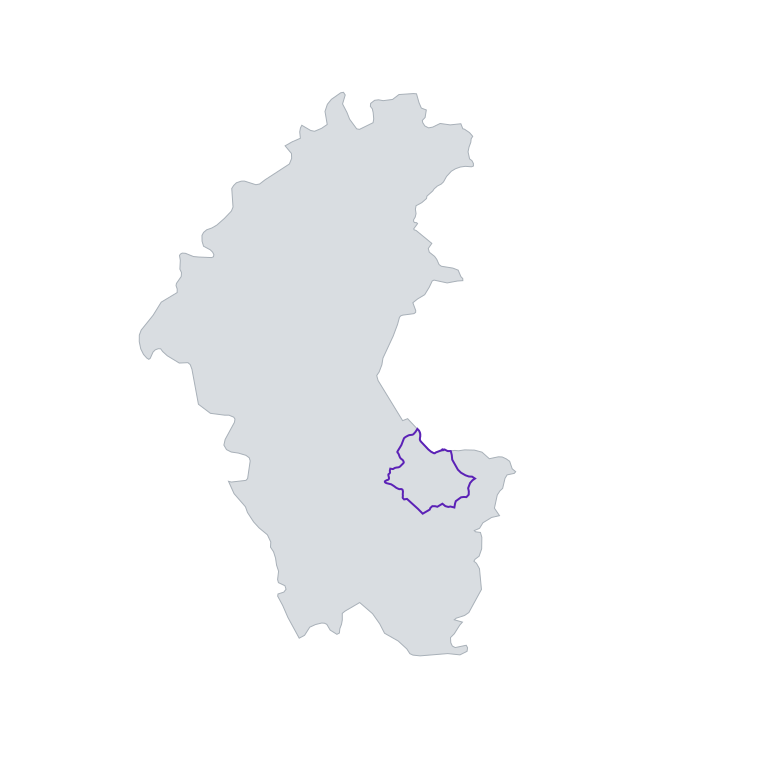 Kindia highlighted on a map of Guinea, rotated 239°
{"feature_id": "GIN-5643", "entity_name": "Kindia", "entity_type": "Prefecture", "adm_level": 1, "iso_a3": "GIN", "parent_name": "Guinea", "parent_adm1": "", "projection": "orthographic", "projection_center": [-12.581, 10.091], "detail": "fine", "context": "in_parent", "style": "outline", "palette": "violet", "viewbox_px": 768, "rotation_deg": 239, "n_neighbors": 0, "source": "natural_earth", "source_scale": "10m", "svg_char_len": 5508}
<svg xmlns="http://www.w3.org/2000/svg" viewBox="0 0 768 768"><g transform="rotate(239 384 384)"><path d="M463.6,493.4L458.0,492.7L455.4,493.8L447.9,502.7L443.4,506.2L436.4,505.2L433.8,505.8L432.0,504.8L434.5,499.9L438.1,490.2L447.3,480.4L447.5,478.4L443.7,472.7L439.6,464.9L439.6,456.6L438.8,450.6L430.6,449.0L429.1,448.0L428.9,445.9L433.4,435.5L433.8,433.4L433.2,431.6L428.1,426.3L420.3,416.5L406.7,396.4L401.6,392.1L396.8,386.0L395.0,382.1L390.0,380.7L343.0,381.1L342.1,386.4L325.9,389.9L316.0,385.9L304.9,388.3L299.5,391.0L295.3,402.7L292.9,405.3L290.6,410.5L288.4,413.4L286.0,419.2L280.7,427.5L275.1,432.9L265.7,435.8L262.7,444.5L260.6,447.7L256.9,450.2L253.0,451.9L245.3,450.2L241.0,451.7L240.3,449.6L242.7,442.7L240.8,439.1L233.4,431.9L232.7,428.4L230.5,423.9L220.7,414.7L211.7,415.2L214.2,407.5L214.1,397.3L211.1,391.6L211.9,385.9L210.2,386.3L207.1,390.2L202.2,388.9L192.4,382.8L187.4,376.8L186.9,371.8L185.8,369.8L182.7,370.9L176.5,370.7L157.7,361.7L144.4,339.0L144.1,333.9L146.1,325.2L145.7,322.8L139.5,328.6L138.3,324.7L133.7,315.6L132.4,310.4L127.9,308.0L124.2,307.6L121.4,309.3L117.7,319.9L114.9,319.8L112.1,317.5L112.7,309.6L120.1,299.8L132.4,274.9L136.7,269.2L139.5,267.3L145.2,267.1L156.4,263.8L170.1,256.1L180.6,256.8L193.0,255.9L209.2,250.6L209.4,233.8L208.9,230.1L203.2,226.7L199.9,223.8L197.0,220.1L193.5,217.5L193.7,214.7L200.8,211.1L207.4,211.2L209.6,209.8L211.2,207.5L213.1,201.4L213.8,195.1L209.5,186.5L209.8,180.4L233.4,181.4L246.3,183.1L256.9,183.6L258.6,185.0L257.2,190.9L258.5,194.3L262.1,195.2L268.1,191.2L271.2,192.1L277.8,197.2L284.0,198.6L290.7,201.4L297.0,202.9L302.6,202.7L306.9,205.6L314.8,206.4L325.0,202.8L333.0,201.2L344.2,200.8L350.1,202.0L367.2,199.0L380.7,200.6L378.6,202.6L372.5,216.0L373.2,218.4L387.0,229.7L390.2,230.5L394.0,228.9L399.8,223.6L404.4,218.0L408.9,215.2L414.1,215.3L418.3,219.3L428.2,236.1L430.7,238.2L433.0,238.1L437.2,235.0L439.4,231.3L448.3,220.1L462.2,214.5L495.6,227.0L500.4,227.9L503.3,226.9L507.4,219.3L519.8,212.8L525.8,211.0L529.2,210.7L530.5,208.7L531.1,205.6L530.3,202.4L526.4,196.8L526.3,195.1L528.5,194.0L533.2,193.1L539.4,193.6L546.3,196.0L552.0,199.5L555.3,203.7L561.8,221.4L568.9,235.2L568.9,253.8L572.0,255.7L575.4,256.4L577.1,257.9L580.6,265.6L583.8,267.8L587.6,268.2L594.9,273.1L599.5,274.9L600.2,276.4L600.1,278.5L598.3,281.1L591.4,286.3L588.1,290.8L581.1,301.4L580.9,303.4L582.5,304.8L585.4,305.0L588.5,304.2L595.0,300.3L600.1,301.6L605.1,304.5L606.9,307.5L607.5,311.5L606.4,316.7L606.3,322.5L608.1,332.4L610.8,342.2L613.4,345.7L630.0,354.2L631.6,357.4L632.5,361.1L631.4,366.1L629.8,368.9L620.8,376.8L619.5,380.4L620.3,387.3L621.3,416.2L624.9,421.0L629.2,423.4L639.1,421.9L638.9,429.9L637.7,438.9L643.5,441.6L646.5,444.3L648.1,446.8L639.1,451.7L636.4,454.6L635.3,462.1L635.7,469.0L648.0,473.8L652.9,479.5L655.1,485.5L655.9,496.9L654.9,499.5L651.7,499.6L645.4,492.7L635.8,492.1L628.7,490.9L616.8,492.0L614.9,494.1L613.6,509.2L616.5,511.7L622.2,514.5L625.9,515.7L629.0,515.3L631.4,517.1L632.0,522.1L630.4,525.7L627.3,529.2L623.5,537.9L624.4,545.9L617.8,558.8L616.0,561.3L607.1,558.9L601.3,558.1L597.1,561.4L591.3,556.5L590.2,552.6L588.1,551.8L584.2,551.9L580.6,554.1L579.1,558.1L578.4,566.3L572.0,574.2L567.5,583.9L562.2,583.0L561.0,584.2L555.4,586.8L550.6,587.6L549.3,585.0L546.5,582.9L543.3,578.9L539.7,575.6L532.9,573.3L530.2,574.4L527.0,574.2L524.8,572.9L525.1,570.9L528.7,565.8L530.7,561.1L531.7,556.1L531.7,551.3L529.7,544.5L526.6,539.1L525.9,536.0L526.2,531.6L525.4,527.4L524.4,525.3L522.9,517.5L521.1,516.0L520.0,509.8L520.3,503.3L517.6,500.9L513.5,499.2L511.0,496.7L509.5,493.9L508.0,493.1L506.7,493.3L505.5,495.0L504.2,495.4L501.7,489.4L500.7,489.2L499.0,490.6L479.9,497.4L477.4,491.8L473.7,490.7L467.3,493.1L463.6,493.4Z" fill="#d9dde1" stroke="#a8b0b8" stroke-width="1"/><path d="M328.3,389.5L326.0,390.0L324.8,389.9L323.5,389.7L322.2,389.2L320.4,388.1L319.1,386.9L317.7,386.0L316.0,385.9L305.0,388.3L301.6,389.5L299.0,391.1L298.5,391.8L298.5,392.2L298.6,392.7L298.6,393.5L297.6,399.1L297.6,399.3L297.9,400.1L297.9,400.5L297.7,400.7L297.3,400.6L296.9,400.6L296.8,401.0L296.8,401.9L296.7,402.2L294.2,403.7L293.5,404.3L292.3,406.5L292.1,406.7L288.2,405.5L284.0,403.5L272.5,403.2L268.3,404.3L263.8,406.8L261.0,409.1L259.2,411.8L256.1,413.3L255.9,410.2L254.8,406.8L251.4,402.5L248.3,401.4L245.5,399.6L244.6,396.4L246.1,394.2L247.2,391.7L246.6,385.2L245.0,383.4L241.9,380.7L244.8,377.8L245.5,375.8L247.7,373.7L251.3,372.4L251.3,366.5L253.0,364.8L254.4,362.5L253.9,360.0L252.8,358.5L252.9,350.4L259.5,348.8L267.7,346.3L270.4,345.5L273.7,344.5L274.7,341.8L275.6,341.6L276.5,341.4L277.2,341.6L278.4,342.6L279.7,343.2L280.3,343.6L280.8,344.0L282.3,345.0L283.8,345.4L284.6,345.1L285.2,344.5L286.0,342.9L287.1,342.1L288.6,341.1L291.5,339.9L294.3,338.5L297.8,335.0L298.6,334.5L299.2,334.3L299.5,334.3L300.1,334.6L300.2,336.6L299.8,338.1L299.9,338.9L300.3,339.5L301.2,340.0L301.7,340.2L303.1,340.6L303.8,340.9L304.3,341.3L304.5,342.8L304.9,343.5L305.8,343.9L306.9,344.5L308.2,345.8L306.8,347.4L306.6,347.7L306.4,348.3L306.5,349.5L306.4,350.3L305.9,351.8L305.2,353.3L305.0,354.1L305.0,355.2L306.2,359.9L306.4,360.3L306.7,360.6L307.3,360.8L308.0,360.9L308.7,360.9L309.4,360.8L311.5,360.0L312.3,359.9L313.1,359.9L313.8,360.0L315.9,360.4L316.9,360.5L317.4,360.5L318.2,360.3L318.4,360.3L318.7,360.4L319.0,360.5L319.5,361.3L322.7,367.4L327.2,373.2L327.3,373.9L327.5,375.0L327.4,377.6L327.3,378.7L327.1,379.5L326.0,381.9L325.8,382.7L325.8,383.4L326.7,386.3L328.3,389.5L328.3,389.5Z" fill="none" stroke="#5b21b6" stroke-width="2"/></g></svg>